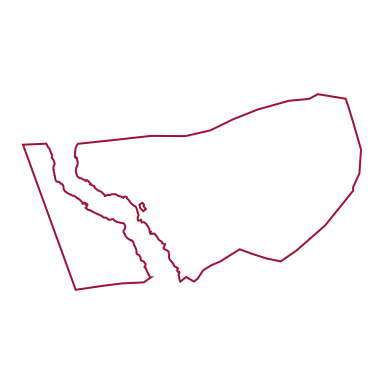 Zemam Out, Al Bahr al Ahmar, Egypt
{"feature_id": "37247803B70127900746184", "entity_name": "Zemam Out", "entity_type": "district", "adm_level": 2, "iso_a3": "EGY", "parent_name": "Egypt", "parent_adm1": "Al Bahr al Ahmar", "projection": "albers", "projection_center": [31.154, 27.336], "detail": "fine", "context": "isolated", "style": "outline", "palette": "rose", "viewbox_px": 384, "rotation_deg": 0, "n_neighbors": 0, "source": "geoboundaries", "source_scale": "gbopen_adm2", "svg_char_len": 5803}
<svg xmlns="http://www.w3.org/2000/svg" viewBox="0 0 384 384"><path d="M130.8,203.1L132.4,204.3L132.7,204.8L134.3,205.9L135.1,206.2L135.5,206.5L136.4,207.9L136.8,209.1L137.4,211.3L137.5,212.0L137.8,213.1L138.4,214.6L138.5,215.5L138.3,216.2L137.9,216.8L137.7,218.0L137.7,218.8L137.8,219.6L138.0,220.4L138.2,220.6L138.3,220.7L138.6,220.7L139.6,220.4L141.0,219.8L141.3,220.3L141.1,221.2L142.0,222.5L142.3,222.4L143.3,222.2L143.6,222.2L144.6,222.6L146.0,223.6L147.1,225.3L148.1,226.7L148.5,227.4L149.4,229.6L149.6,230.4L149.7,231.8L149.9,231.9L150.1,231.9L150.5,231.7L150.9,231.7L150.9,231.8L150.7,232.3L150.1,232.6L150.1,232.9L150.4,233.8L150.6,233.7L152.1,234.0L152.7,233.5L153.5,233.5L154.2,233.8L154.3,233.7L155.8,235.0L156.7,236.6L157.2,237.2L157.9,238.3L158.2,239.0L159.0,239.9L160.5,241.0L161.2,241.4L161.8,241.8L162.1,242.3L162.1,242.8L162.2,243.1L162.6,243.2L163.0,243.6L163.9,243.8L165.1,244.2L165.2,244.6L164.7,245.2L164.5,245.5L164.0,246.9L163.5,247.7L163.5,248.2L163.7,248.5L164.1,249.0L166.3,250.0L167.3,250.6L168.3,251.3L168.6,251.7L168.7,252.4L168.6,252.9L168.9,253.6L169.1,254.2L169.2,255.2L168.9,256.2L169.0,257.4L169.2,258.0L169.8,259.8L170.5,260.6L170.8,260.8L172.7,263.0L173.1,263.6L173.7,264.8L173.8,265.2L174.1,265.7L174.1,266.0L175.2,266.7L176.0,267.0L176.4,267.6L177.5,267.7L177.6,267.8L177.7,268.1L177.7,268.8L177.9,269.0L177.7,269.3L177.6,269.7L177.2,270.0L177.3,271.0L177.6,271.4L177.8,271.8L178.4,272.0L179.1,272.0L179.3,271.9L179.5,272.3L179.3,272.6L178.7,274.0L178.9,275.0L178.7,275.4L178.9,275.8L178.9,276.2L179.2,277.2L179.3,278.2L179.3,278.6L179.5,279.1L179.4,279.6L180.3,281.6L186.2,277.0L186.4,277.2L193.9,281.5L197.8,278.6L203.1,270.3L211.2,265.3L220.6,261.3L228.9,256.0L239.7,249.3L251.5,253.6L265.9,258.3L280.7,261.4L296.4,250.6L325.2,225.4L353.2,190.6L353.1,187.2L359.4,173.5L361.0,149.5L352.8,121.1L347.4,103.6L345.6,98.7L317.8,94.2L309.1,98.9L288.8,100.8L258.0,109.4L233.5,119.1L210.2,130.4L185.3,136.1L150.8,135.9L122.3,139.1L78.1,143.8L77.8,144.0L76.5,145.9L75.6,148.2L75.4,149.2L75.4,150.1L75.3,150.8L75.1,152.0L75.1,152.6L75.1,153.9L74.8,156.6L75.4,157.7L76.5,157.3L76.8,157.7L76.9,159.4L77.4,161.0L77.6,161.4L77.8,163.1L77.5,165.0L77.1,166.2L76.9,166.3L76.9,166.7L76.4,167.3L76.0,169.0L75.9,170.3L75.7,171.2L76.1,172.9L76.7,174.7L77.3,176.2L78.5,177.3L79.8,178.2L80.7,178.2L81.2,178.4L81.8,178.7L83.6,179.6L85.4,180.7L85.8,181.0L86.1,180.8L86.3,180.2L87.5,180.4L88.7,181.4L89.5,182.7L90.6,183.7L90.1,184.3L94.3,186.2L94.6,186.7L94.6,187.6L95.8,188.7L96.6,189.3L97.1,189.8L98.3,190.5L99.6,191.0L100.5,191.5L100.9,191.8L101.5,192.0L102.3,192.7L102.7,193.3L103.2,193.8L103.7,194.0L104.1,194.5L104.8,196.0L105.4,195.9L105.6,195.6L106.3,195.3L107.2,195.2L108.0,195.0L109.8,195.0L110.5,194.8L111.7,194.3L115.0,194.2L115.7,194.3L116.1,194.5L117.4,195.3L118.1,195.9L119.1,196.0L121.5,196.8L123.3,197.7L123.4,197.4L123.8,197.1L123.9,196.8L124.4,196.6L125.6,196.6L126.5,197.0L126.8,197.2L126.8,197.9L126.9,198.4L127.7,199.1L128.2,199.4L129.4,201.0L130.8,203.1ZM145.9,209.1L143.3,211.2L140.1,207.8L139.6,204.5L142.4,202.8L144.0,204.6L143.6,206.3L145.9,209.1ZM75.7,289.8L102.3,285.9L122.2,283.4L143.7,282.4L151.1,277.3L150.5,277.3L149.7,276.8L149.0,275.0L148.1,274.0L147.8,272.9L146.4,270.1L146.4,269.8L146.1,269.1L146.1,268.8L145.8,268.1L145.1,267.5L144.8,267.5L144.5,267.3L144.5,266.9L145.2,266.0L145.5,265.3L145.6,265.1L145.4,263.8L145.2,263.5L143.6,261.4L142.3,260.9L141.9,260.8L141.2,260.6L141.0,260.4L140.7,259.7L140.8,259.1L140.5,258.1L140.5,257.4L140.2,256.7L139.1,255.2L138.7,254.8L138.4,254.6L137.4,254.4L137.2,254.3L137.0,254.0L136.8,253.6L136.7,253.5L136.5,253.3L136.4,252.7L136.6,251.1L136.4,250.2L135.7,248.3L135.4,247.8L135.4,247.5L135.4,247.3L135.1,246.8L135.0,246.4L134.6,245.9L134.0,244.7L133.6,243.3L133.5,242.5L133.3,242.4L132.3,240.8L132.0,240.5L131.1,240.3L130.8,240.4L130.6,240.1L130.8,240.1L130.5,239.9L130.3,239.9L129.9,239.8L127.1,238.0L125.4,235.7L125.1,235.0L124.9,234.2L124.6,233.6L123.9,232.9L123.6,232.3L123.5,231.0L123.8,230.4L123.9,230.2L124.5,229.6L124.7,229.1L124.9,228.2L125.3,227.4L125.2,226.3L125.0,225.5L123.9,223.4L123.7,223.2L123.2,223.2L122.2,223.2L120.0,222.6L116.8,221.9L114.0,220.2L113.3,219.2L112.1,219.2L110.4,219.7L109.4,219.8L108.6,219.6L108.1,219.1L106.5,218.0L106.0,217.7L105.7,217.7L105.3,217.6L104.0,217.5L103.0,217.2L102.7,217.0L102.6,216.6L102.0,216.1L101.7,216.0L100.3,215.4L97.7,214.0L95.5,213.2L94.6,212.6L94.3,212.5L92.6,211.6L91.8,211.3L91.5,211.0L90.6,210.6L89.9,210.1L88.6,210.0L88.1,209.7L87.6,209.3L87.3,209.2L86.8,208.9L86.4,208.7L86.1,208.5L85.9,208.1L86.0,208.1L86.4,207.0L86.8,206.7L86.8,206.3L86.7,205.8L86.8,205.5L87.2,204.9L87.5,204.7L87.4,204.5L87.0,204.0L86.7,203.9L86.4,203.9L86.0,204.1L85.6,204.3L85.5,204.0L85.6,203.7L85.9,203.5L85.5,203.0L84.5,203.1L84.0,202.6L83.8,202.6L83.5,202.7L83.3,202.8L83.2,202.8L83.0,203.1L83.2,203.5L83.0,203.8L82.6,203.8L82.3,202.8L81.4,201.4L79.5,199.5L78.6,198.8L77.9,198.5L78.0,198.4L77.6,198.1L77.0,197.9L76.3,197.3L74.2,195.9L72.6,195.7L71.9,195.3L70.7,194.6L69.5,194.2L68.7,193.8L68.0,193.3L67.4,193.0L65.8,191.7L65.2,191.5L65.0,191.3L64.5,190.5L64.0,189.9L63.6,189.0L63.5,186.8L63.4,186.3L63.0,185.1L62.5,184.6L62.2,184.2L61.3,183.6L60.8,183.7L60.5,183.6L59.9,182.5L59.4,182.1L58.5,181.8L57.8,181.8L57.1,181.5L56.5,181.5L56.3,181.3L55.8,180.4L55.7,180.0L55.2,178.6L54.9,176.7L54.9,176.1L54.7,175.8L54.7,175.4L54.4,175.2L54.4,174.0L53.7,171.4L53.5,170.6L53.6,170.1L53.5,169.8L53.7,169.7L53.4,168.6L53.4,168.0L53.5,167.0L53.7,166.3L54.7,164.0L54.4,163.0L54.2,161.7L54.0,161.3L53.8,161.1L53.4,159.9L52.9,159.0L52.1,158.3L51.9,157.5L51.9,156.9L52.1,156.2L52.1,155.0L51.1,153.3L50.1,150.3L49.8,149.7L49.6,148.9L48.9,148.0L48.0,147.1L47.9,146.7L47.6,146.3L47.4,145.9L47.2,145.4L46.2,143.7L23.0,144.7L75.7,289.8Z" fill="none" stroke="#9f1239" stroke-width="2"/></svg>